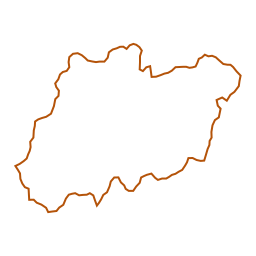 Manhumirim, Minas Gerais, Brazil (Equal Earth projection)
{"feature_id": "56859067B26961543246677", "entity_name": "Manhumirim", "entity_type": "district", "adm_level": 2, "iso_a3": "BRA", "parent_name": "Brazil", "parent_adm1": "Minas Gerais", "projection": "equal_earth", "projection_center": [-41.937, -20.349], "detail": "fine", "context": "isolated", "style": "outline", "palette": "amber", "viewbox_px": 256, "rotation_deg": 0, "n_neighbors": 0, "source": "geoboundaries", "source_scale": "gbopen_adm2", "svg_char_len": 1980}
<svg xmlns="http://www.w3.org/2000/svg" viewBox="0 0 256 256"><path d="M48.2,212.1L52.3,211.5L56.5,211.0L59.2,207.6L63.3,204.8L65.9,198.6L68.8,194.7L71.9,193.8L75.2,193.2L79.1,195.3L82.9,194.9L86.8,194.7L89.8,193.2L93.3,195.4L95.1,200.7L96.9,205.6L99.0,202.8L101.1,199.4L103.3,194.9L107.0,192.3L109.6,186.3L110.8,181.5L114.2,177.5L118.4,177.4L120.9,182.4L124.2,185.4L125.7,188.9L128.8,190.9L133.2,190.9L136.2,186.5L139.7,182.8L141.1,177.5L144.1,176.0L146.9,174.8L151.4,173.6L155.1,177.8L157.9,179.9L162.2,178.5L166.3,178.5L169.2,176.8L171.9,174.9L175.5,173.8L178.6,171.8L182.2,169.9L185.1,165.6L187.0,162.3L188.4,158.1L192.6,158.0L196.6,160.0L200.7,160.9L204.2,160.6L205.8,155.3L207.6,149.1L209.4,145.0L209.6,141.0L211.6,137.6L211.4,132.0L212.5,125.3L214.9,120.1L218.8,117.4L220.6,108.7L217.8,105.7L216.6,100.0L222.2,97.5L226.8,100.7L230.4,94.8L234.4,91.9L238.8,86.1L239.5,81.0L240.6,75.6L236.5,71.3L233.1,67.0L230.5,64.8L227.3,64.7L223.3,64.0L219.1,60.3L215.8,57.3L212.1,55.8L208.4,56.3L204.8,54.7L201.8,57.5L198.8,58.8L197.4,62.7L195.6,66.5L192.4,67.4L189.4,67.8L186.2,66.8L183.2,66.8L179.3,67.0L175.5,67.2L171.8,70.7L168.1,72.8L164.4,73.6L160.7,75.1L156.1,76.7L151.6,76.9L150.8,70.9L150.1,66.2L146.3,67.3L142.9,71.1L139.7,69.4L140.0,62.3L140.0,56.0L141.8,50.6L139.4,47.1L136.3,44.8L133.4,43.9L129.7,45.3L126.6,48.9L123.3,46.7L120.0,46.8L116.7,48.3L112.7,49.5L108.9,52.3L107.7,57.7L104.4,61.6L99.5,61.6L96.0,62.1L92.4,61.5L87.7,60.5L85.3,58.1L81.8,55.2L77.7,53.2L73.0,53.8L69.3,57.1L68.6,62.1L69.3,67.2L66.7,70.9L62.8,72.0L60.0,74.5L58.3,79.3L55.2,83.4L56.3,87.1L58.9,90.7L58.5,95.9L55.3,99.1L53.9,106.2L51.0,113.7L46.2,116.8L42.0,118.0L38.2,119.4L35.1,121.5L34.8,126.0L33.8,130.3L33.4,137.6L30.2,141.8L30.6,147.1L29.7,150.9L28.2,154.2L26.7,158.5L23.7,161.1L19.7,163.9L15.4,166.0L18.0,170.0L20.0,173.4L20.4,178.9L22.3,183.5L24.9,187.2L28.6,188.7L28.9,194.3L29.2,199.8L33.7,199.7L36.7,202.7L41.4,204.6L46.1,207.8L48.2,212.1Z" fill="none" stroke="#b45309" stroke-width="2"/></svg>